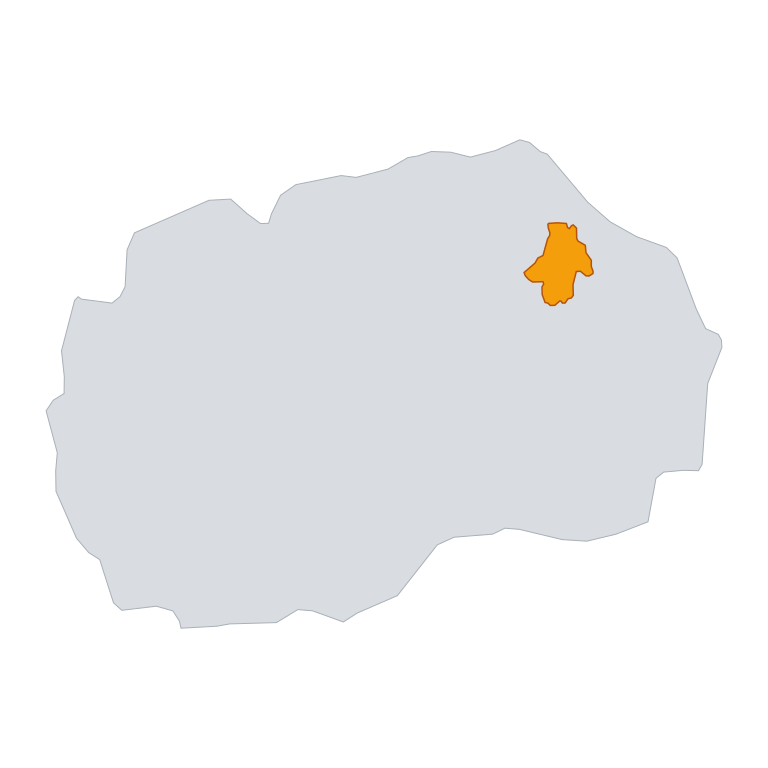 location of Kočani within North Macedonia
{"feature_id": "MKD-2939", "entity_name": "Kočani", "entity_type": "Statistical Region", "adm_level": 1, "iso_a3": "MKD", "parent_name": "North Macedonia", "parent_adm1": "", "projection": "robinson", "projection_center": [22.392, 41.974], "detail": "coarse", "context": "in_parent", "style": "filled", "palette": "amber", "viewbox_px": 768, "rotation_deg": 0, "n_neighbors": 0, "source": "natural_earth", "source_scale": "10m", "svg_char_len": 1752}
<svg xmlns="http://www.w3.org/2000/svg" viewBox="0 0 768 768"><path d="M341.4,175.6L356.1,177.4L388.0,169.1L407.9,157.6L418.0,155.9L431.4,151.5L450.8,152.2L470.4,157.1L495.3,150.6L519.8,139.8L529.6,142.5L540.2,151.6L547.2,154.1L587.8,202.3L610.1,221.8L636.4,236.6L666.4,247.5L677.1,257.9L696.3,309.1L705.6,328.6L718.3,334.4L721.4,340.0L721.9,347.4L707.7,383.5L702.1,464.3L698.5,470.7L683.5,470.3L663.6,472.1L656.0,478.3L648.0,521.8L615.9,534.2L586.8,541.2L562.2,539.6L519.0,529.3L504.9,528.2L492.8,534.1L454.2,537.2L437.3,544.8L397.4,595.6L357.1,613.1L343.3,622.0L312.5,610.8L297.8,609.6L276.4,622.6L229.7,623.9L217.0,626.2L181.0,628.2L179.5,621.2L172.9,610.9L156.2,606.2L121.8,610.3L113.5,602.8L99.7,559.6L88.8,552.7L76.5,538.2L56.0,491.3L55.7,470.8L57.3,452.8L46.1,410.8L53.3,400.2L64.1,393.5L64.3,376.5L61.5,350.8L74.6,300.4L78.1,296.7L81.3,299.1L112.0,303.1L120.0,296.7L125.1,286.8L127.1,249.8L134.5,232.8L208.9,200.3L230.7,199.1L247.4,214.0L260.6,223.6L268.6,223.3L271.5,213.7L280.6,195.2L295.9,184.6L341.0,175.6L341.4,175.6Z" fill="#d9dde1" stroke="#a8b0b8" stroke-width="1"/><path d="M524.1,272.5L535.0,263.1L537.9,258.0L543.0,255.5L547.7,238.6L549.6,235.7L549.9,233.0L548.3,228.1L547.9,224.2L548.6,223.4L557.5,222.8L566.4,223.5L567.6,227.6L569.3,228.6L571.6,225.6L573.2,224.9L576.5,228.1L576.7,238.3L577.9,241.0L585.3,245.3L586.0,252.7L591.3,260.3L591.3,266.6L593.0,271.0L593.0,273.5L589.1,276.0L585.9,275.8L580.5,271.3L576.3,271.5L573.0,284.7L573.3,295.4L571.3,298.0L568.1,298.7L565.1,303.0L562.4,303.1L561.0,301.1L559.6,301.1L554.9,305.3L552.4,305.4L550.2,305.4L547.9,303.1L545.1,302.5L542.2,294.6L542.0,286.9L543.7,284.0L542.9,281.7L532.6,282.0L528.6,279.4L525.2,275.6L524.1,272.5Z" fill="#f59e0b" stroke="#b45309" stroke-width="1.5"/></svg>